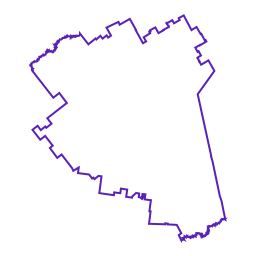 the district of Cobar, New South Wales, Australia
{"feature_id": "25037944B19938962930750", "entity_name": "Cobar", "entity_type": "district", "adm_level": 2, "iso_a3": "AUS", "parent_name": "Australia", "parent_adm1": "New South Wales", "projection": "robinson", "projection_center": [145.926, -31.966], "detail": "fine", "context": "isolated", "style": "outline", "palette": "violet", "viewbox_px": 256, "rotation_deg": 0, "n_neighbors": 0, "source": "geoboundaries", "source_scale": "gbopen_adm2", "svg_char_len": 5677}
<svg xmlns="http://www.w3.org/2000/svg" viewBox="0 0 256 256"><path d="M200.7,34.1L196.5,27.0L191.5,30.1L183.7,15.4L178.7,18.2L179.7,20.0L174.0,23.3L172.3,20.2L168.0,22.7L166.4,22.8L166.3,23.1L166.9,24.1L167.4,24.4L168.6,26.4L168.9,26.4L168.8,27.2L168.2,27.2L163.4,29.9L163.6,30.2L158.5,33.1L155.3,27.4L149.9,30.4L150.5,31.5L150.1,32.0L149.4,32.1L150.1,33.3L143.7,37.3L146.1,41.4L142.9,43.2L135.6,29.9L135.9,29.7L129.8,18.9L119.7,24.7L118.5,21.9L106.5,27.6L111.0,35.6L108.2,37.6L106.6,35.4L102.6,38.6L100.4,35.8L96.3,39.5L95.5,38.5L88.4,44.3L80.0,33.6L80.0,34.5L79.3,35.6L77.5,36.0L76.9,35.6L75.6,35.7L75.4,36.3L75.7,36.7L75.2,37.0L74.9,36.9L74.1,35.9L73.4,35.7L72.8,35.9L72.6,36.2L73.0,36.4L72.7,37.1L71.9,36.5L71.5,36.8L71.7,36.3L71.5,36.2L71.0,37.4L70.6,36.1L70.2,36.7L69.8,36.3L69.2,36.5L68.6,36.2L67.6,36.3L67.1,35.5L66.7,36.0L67.2,36.8L66.5,37.3L66.2,37.4L66.3,36.9L66.0,36.7L65.2,37.4L65.1,37.0L65.3,36.6L65.1,36.5L64.5,37.4L64.1,37.4L63.6,38.0L62.5,38.0L61.8,39.1L60.9,39.6L59.8,39.3L59.5,39.8L59.0,41.3L58.1,41.0L58.1,41.4L58.7,41.8L58.7,42.0L58.2,42.1L57.8,41.4L57.2,41.5L57.2,42.1L57.6,42.7L57.1,42.8L56.7,43.5L56.1,43.5L56.2,43.8L57.0,44.0L56.8,44.4L56.0,44.4L56.3,44.7L55.9,45.0L56.0,45.5L55.0,45.0L54.9,45.6L54.7,45.5L55.0,46.0L55.6,46.0L55.5,46.3L56.2,46.4L56.8,47.5L55.7,48.3L55.2,48.2L55.7,49.0L55.2,49.5L54.6,49.5L54.1,49.9L54.0,50.2L54.6,50.3L54.7,50.5L53.6,50.8L53.5,51.7L53.1,52.3L52.4,52.2L52.3,51.6L51.2,51.5L51.0,50.9L49.9,51.2L50.0,51.5L49.6,51.6L49.3,51.0L48.8,50.6L48.8,50.3L48.4,50.6L47.9,50.1L47.4,50.3L47.2,50.0L46.8,50.7L47.3,51.7L46.5,51.6L46.2,51.8L47.1,52.5L45.8,53.4L45.5,54.7L44.6,54.9L44.1,55.5L43.4,55.7L42.9,55.6L42.8,54.9L42.1,55.7L41.5,55.8L41.2,56.5L40.0,56.7L40.4,57.1L39.4,57.3L39.0,58.8L38.4,58.8L38.5,59.3L37.9,59.1L37.3,59.5L37.2,60.3L37.6,61.0L37.4,61.2L36.8,61.3L36.4,61.6L35.5,61.4L35.0,61.7L34.3,61.2L34.0,61.5L33.8,62.3L32.5,62.3L32.0,63.0L31.5,63.3L31.8,63.6L31.7,63.9L30.6,64.8L31.3,65.2L30.6,65.8L31.6,66.5L31.6,67.0L32.2,67.5L31.9,68.2L32.0,68.7L32.9,68.9L32.2,69.7L32.5,70.1L32.0,70.2L32.3,70.8L32.8,71.2L33.1,71.8L53.3,97.7L59.3,93.0L66.8,103.0L47.3,118.2L51.5,123.7L46.3,127.8L45.3,126.5L40.8,130.1L37.6,125.8L32.5,129.8L40.2,139.7L45.2,135.9L52.7,145.7L49.9,148.0L57.3,157.9L61.6,154.5L72.2,168.3L73.3,170.8L78.7,167.5L78.0,173.1L89.1,174.5L92.1,178.5L93.4,177.6L94.5,179.1L98.5,175.9L101.5,176.3L99.3,193.1L113.9,195.2L114.2,192.4L120.3,193.2L120.9,188.6L127.2,189.6L126.2,196.8L132.1,197.6L132.3,196.4L136.1,193.0L139.2,193.5L138.8,197.1L141.7,197.6L141.2,198.3L142.1,199.0L142.8,198.1L143.4,196.1L142.9,196.0L142.6,196.8L142.0,196.7L142.5,194.0L145.4,194.3L144.7,199.4L150.9,200.2L149.4,211.3L150.6,211.4L149.0,223.8L165.2,224.3L165.3,223.3L167.8,223.7L167.7,224.4L176.8,224.9L181.3,233.2L178.8,235.1L181.4,240.6L181.6,240.2L182.0,240.2L181.8,240.1L182.3,239.8L182.0,239.4L182.3,239.3L182.5,239.9L182.8,239.8L182.9,239.5L183.5,239.6L183.5,239.1L184.0,239.4L183.6,238.7L183.9,238.4L183.4,238.0L184.0,238.0L184.1,237.5L184.5,237.1L184.3,236.9L184.4,236.4L184.7,236.7L184.9,236.4L185.2,236.5L184.9,236.8L185.7,237.1L185.9,236.8L186.3,237.1L186.5,236.7L186.6,237.2L187.3,236.5L187.3,236.9L188.6,237.0L189.0,237.2L189.1,236.8L190.1,236.7L190.3,237.0L190.4,236.5L190.7,236.5L190.7,237.0L191.4,236.9L191.1,237.2L191.3,237.2L191.2,237.6L191.9,237.3L192.1,237.1L191.9,236.9L192.8,237.2L192.8,236.8L192.2,236.2L192.4,235.7L192.9,236.2L192.8,236.4L193.7,236.5L193.8,236.2L194.2,236.5L194.9,236.3L194.9,236.1L195.5,236.4L195.4,236.0L195.8,235.6L195.5,235.3L195.9,235.1L195.7,235.0L196.0,234.9L196.0,234.1L196.6,233.9L196.7,233.0L196.7,233.3L197.0,233.2L197.0,233.5L197.4,233.3L197.2,233.1L197.6,233.1L197.6,233.4L198.5,233.6L199.1,233.2L199.5,233.5L200.3,233.6L200.2,234.4L200.4,234.4L200.8,233.6L201.7,233.7L202.1,235.6L201.1,235.9L201.4,236.9L201.7,236.7L202.2,236.5L201.9,236.6L202.2,237.2L202.6,236.9L202.3,236.6L202.8,236.5L202.9,236.1L203.0,236.4L203.4,236.2L203.9,236.4L204.2,235.9L204.6,236.0L204.8,235.6L204.8,235.8L205.3,235.9L205.5,235.5L205.4,235.0L206.0,234.9L206.0,234.6L206.3,234.5L206.3,233.8L206.7,234.0L206.9,234.4L207.1,234.3L207.1,233.9L207.4,234.1L207.7,233.9L207.2,233.7L207.1,233.4L207.4,233.5L207.8,233.2L207.7,232.8L207.4,233.0L207.2,232.7L207.3,232.3L207.6,232.2L207.3,231.8L207.5,231.6L207.7,231.9L207.7,231.5L208.2,231.5L208.0,231.2L208.3,230.7L208.1,230.5L208.4,230.4L208.6,230.9L208.7,230.5L209.0,230.5L208.9,230.1L208.5,230.2L208.1,229.7L208.4,229.5L208.6,229.8L208.7,229.5L207.9,228.7L208.3,228.3L208.0,227.4L208.5,227.5L209.0,227.1L208.7,227.0L208.9,226.6L208.7,226.4L209.4,226.3L209.4,226.0L209.9,226.1L209.9,226.4L210.4,226.4L211.2,225.9L211.5,226.1L212.1,225.9L212.3,226.1L212.5,225.7L212.4,225.8L212.2,225.5L212.4,225.3L212.7,225.4L212.9,225.1L213.2,225.2L213.3,224.6L213.7,224.5L214.0,224.9L214.2,224.1L214.4,224.1L214.4,224.5L214.8,224.5L214.7,225.0L214.9,225.2L215.2,225.1L215.0,224.8L215.5,223.9L215.7,224.5L215.8,224.1L216.2,224.1L216.1,223.7L216.4,223.5L216.5,223.8L216.4,224.1L217.3,224.3L217.4,223.7L218.3,222.9L218.5,223.0L219.1,222.4L219.6,222.4L219.7,222.7L220.3,221.6L220.6,221.6L220.7,221.2L220.3,221.4L220.7,220.4L221.0,220.5L221.0,219.6L221.1,219.9L221.3,219.6L221.4,219.8L222.1,219.7L222.5,219.0L223.0,218.9L223.5,219.4L224.3,218.9L224.3,219.2L224.8,219.1L224.6,219.3L225.3,219.7L221.5,200.9L219.8,196.0L212.6,161.7L211.7,158.3L211.5,158.2L211.4,157.2L211.0,156.5L211.2,155.9L197.7,94.2L214.4,70.9L208.4,60.4L201.1,64.7L199.6,62.0L199.0,61.6L198.9,61.3L199.4,61.0L197.4,58.0L198.1,57.6L198.0,57.3L201.0,55.5L198.6,51.2L197.6,51.9L195.3,47.7L199.9,45.0L200.0,45.3L206.4,41.5L205.6,40.0L204.8,40.5L201.3,33.8L200.7,34.1Z" fill="none" stroke="#5b21b6" stroke-width="2"/></svg>